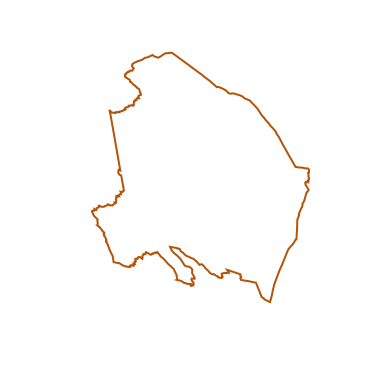 the district of "Søndre Land" nor, Oppland, Norway, rotated 226°
{"feature_id": "86288312B15696105865546", "entity_name": "\"Søndre Land\" nor", "entity_type": "district", "adm_level": 2, "iso_a3": "NOR", "parent_name": "Norway", "parent_adm1": "Oppland", "projection": "robinson", "projection_center": [10.325, 60.703], "detail": "fine", "context": "isolated", "style": "outline", "palette": "amber", "viewbox_px": 384, "rotation_deg": 226, "n_neighbors": 0, "source": "geoboundaries", "source_scale": "gbopen_adm2", "svg_char_len": 6056}
<svg xmlns="http://www.w3.org/2000/svg" viewBox="0 0 384 384"><g transform="rotate(226 192 192)"><path d="M187.3,91.2L184.3,92.8L181.5,94.8L181.1,95.5L181.7,95.6L182.0,96.3L181.5,96.8L181.6,97.6L180.4,98.4L179.7,98.4L179.4,98.9L180.0,99.7L181.0,100.1L180.3,100.6L181.0,100.7L180.8,101.8L181.4,102.0L181.4,102.3L182.0,102.7L181.9,103.3L181.5,103.6L182.0,103.8L182.6,104.6L183.2,104.8L182.7,105.7L182.1,105.7L181.9,106.0L181.9,106.3L182.3,106.5L182.0,107.2L182.5,107.7L181.9,108.9L181.1,109.5L179.7,109.5L178.4,109.8L179.3,111.2L180.0,111.4L180.6,112.2L180.5,113.2L181.1,113.7L181.0,114.0L180.1,114.7L180.2,115.4L179.7,115.6L180.2,116.5L180.8,116.9L180.7,117.2L178.3,118.0L176.2,118.3L175.8,118.8L175.3,119.1L175.1,119.7L175.5,119.9L175.5,120.1L174.7,121.0L174.9,121.4L174.5,121.6L174.6,122.0L173.9,122.9L174.0,123.5L173.4,123.7L172.9,124.1L172.8,124.4L173.1,124.9L172.7,125.3L167.2,124.7L163.8,125.2L156.6,124.9L149.6,125.4L142.6,123.1L141.9,122.3L139.2,120.6L139.0,120.4L139.1,120.2L137.9,120.9L137.1,121.6L135.2,122.5L132.5,123.2L132.1,123.1L131.5,123.8L129.9,124.3L127.5,126.4L126.6,126.5L125.8,126.1L125.1,126.1L124.6,126.7L124.9,127.0L125.0,127.4L125.6,127.7L124.0,128.4L125.1,129.7L125.8,130.1L128.5,130.3L129.5,130.8L129.9,131.8L127.8,133.5L128.4,134.3L133.2,135.6L133.8,135.9L135.5,137.8L136.5,138.4L137.8,138.5L139.6,138.2L140.7,137.7L142.8,136.0L144.3,135.7L152.4,137.3L157.2,137.1L160.3,136.7L162.9,136.7L164.2,136.9L167.7,138.1L162.8,141.8L161.8,142.0L161.5,142.2L161.7,142.4L160.9,142.9L159.7,143.5L158.7,143.5L158.0,142.9L156.5,142.8L155.1,143.3L151.1,143.4L149.2,143.8L148.0,144.6L145.4,145.4L142.9,146.6L138.7,147.1L134.3,146.8L133.4,148.8L130.9,149.1L127.4,148.7L124.2,149.0L122.9,148.7L120.3,148.8L118.5,149.6L118.0,150.5L113.6,151.6L113.1,152.0L112.5,151.5L112.1,151.9L111.5,152.0L111.0,152.6L109.9,153.1L110.0,153.4L109.8,153.6L110.2,154.2L109.8,154.5L110.0,154.8L109.7,154.9L110.3,155.5L110.7,155.4L112.6,156.6L111.7,158.4L108.2,162.4L111.6,163.2L99.1,169.7L98.6,169.3L98.4,168.7L96.8,168.4L96.6,168.2L96.8,167.7L96.2,166.7L94.6,166.2L89.2,170.3L82.3,175.0L67.9,169.1L65.8,169.8L64.5,169.5L58.6,171.6L62.1,177.5L65.6,182.6L68.6,187.4L74.9,200.6L77.2,206.4L83.2,219.8L83.8,221.4L84.2,223.9L84.4,228.1L85.2,231.7L85.7,232.7L85.7,233.7L85.4,234.2L93.1,242.6L99.1,248.7L99.9,250.9L100.3,251.3L100.8,252.6L101.9,253.5L104.4,259.2L104.6,260.5L105.0,261.2L105.9,262.6L106.9,263.2L107.4,265.8L108.1,267.2L111.8,273.6L112.1,274.7L111.9,275.2L112.7,277.5L118.3,278.7L119.8,279.7L119.9,279.9L119.6,280.1L119.6,280.8L120.0,281.0L119.6,281.5L119.0,281.8L119.4,281.9L119.7,282.7L118.9,283.1L118.8,283.5L119.9,284.1L120.2,284.7L120.0,285.0L121.0,286.0L122.7,286.8L123.2,287.7L124.9,288.6L124.8,288.9L125.1,289.1L124.8,289.7L127.0,291.8L128.9,291.5L129.0,291.2L129.4,290.6L133.2,288.0L135.4,285.9L138.2,283.9L162.4,290.1L170.4,292.5L175.9,293.5L177.4,294.2L183.3,294.5L184.9,294.3L188.0,294.9L192.8,295.0L194.5,295.3L199.1,295.5L206.3,297.0L217.9,297.1L222.7,294.9L225.9,294.6L228.5,293.5L233.8,290.5L234.9,289.5L235.6,288.3L237.5,287.0L241.0,287.0L244.0,286.2L249.0,284.2L249.3,283.7L250.2,282.7L259.4,282.0L266.3,280.8L269.4,280.6L274.1,279.7L289.3,277.2L306.0,274.3L307.4,272.8L310.3,269.1L311.0,266.0L311.3,263.5L312.1,261.0L315.6,259.1L318.0,258.8L319.6,253.8L321.3,251.2L321.6,248.4L322.2,247.5L322.3,246.5L323.9,243.8L324.1,242.6L324.9,240.9L325.4,237.7L323.9,236.1L321.3,235.9L321.1,234.1L320.7,233.4L322.4,231.7L322.0,230.7L322.8,230.0L323.0,229.3L323.0,229.1L322.7,229.1L323.2,227.4L322.8,227.1L322.7,225.8L322.7,225.5L323.0,225.4L322.8,225.0L322.2,224.8L322.2,224.5L321.4,224.2L321.1,223.8L320.2,223.9L319.5,224.4L317.5,224.6L316.3,225.1L315.7,225.1L314.3,224.0L313.6,224.5L310.1,224.4L307.7,225.0L307.2,224.7L305.8,225.1L305.1,224.8L303.0,225.5L301.0,224.7L300.1,223.8L297.7,223.5L297.4,223.8L297.7,223.1L297.4,222.7L297.8,222.2L298.3,220.4L298.0,219.6L297.1,219.4L296.9,219.0L296.4,218.9L297.6,218.0L297.0,216.3L296.7,216.0L297.6,215.5L297.3,215.2L297.5,214.7L297.0,214.1L297.0,213.8L297.6,213.4L297.4,212.9L296.5,212.3L296.5,212.0L295.9,211.1L295.3,210.9L295.5,210.5L294.8,209.8L295.5,209.1L296.6,208.7L297.0,207.8L297.6,207.0L297.3,207.0L297.2,206.6L297.6,206.0L297.5,205.9L297.8,204.7L297.7,204.6L298.6,203.5L298.9,202.5L298.7,202.0L297.7,201.7L298.4,200.6L298.0,200.3L298.3,200.0L298.3,199.5L298.6,198.9L298.5,198.3L298.7,197.7L299.2,197.6L299.6,196.6L300.1,196.1L300.0,195.7L300.4,195.0L300.1,194.9L301.3,194.0L301.9,192.6L302.2,192.5L301.9,191.9L302.3,191.3L303.2,191.2L303.9,190.2L305.0,189.3L307.3,189.6L307.7,189.2L301.6,185.3L257.5,155.5L258.6,155.3L258.9,155.1L258.9,154.7L258.7,154.0L257.4,153.0L257.2,152.4L254.8,151.8L253.1,152.6L244.6,146.9L243.9,146.7L243.7,146.2L243.1,146.1L242.8,145.7L240.4,144.0L240.5,143.7L240.2,143.5L240.2,142.3L240.9,141.9L241.2,141.0L241.6,140.8L240.7,140.5L240.5,140.3L240.6,140.1L239.8,139.4L240.7,138.1L240.4,137.3L239.6,136.8L240.2,136.6L240.1,136.3L240.9,136.2L241.2,135.6L241.1,135.4L241.3,135.2L240.3,134.9L240.4,134.4L240.9,134.2L240.7,133.8L240.8,133.7L239.8,132.9L239.8,132.3L238.7,131.7L238.3,131.3L237.9,130.3L237.3,130.0L237.4,129.7L238.0,129.3L237.1,129.0L237.7,128.0L237.6,125.4L239.4,123.9L239.4,123.6L241.2,123.2L241.2,122.8L241.7,122.5L241.5,122.1L241.7,121.7L241.6,121.2L241.9,120.3L242.6,119.3L242.4,119.0L242.5,118.5L243.8,117.0L244.6,116.4L246.8,115.8L246.9,115.4L245.8,114.3L246.6,112.2L245.4,110.6L246.0,110.1L247.6,109.9L247.2,109.4L246.6,109.2L246.5,108.7L247.7,107.3L247.8,106.7L245.5,105.7L242.3,104.9L237.8,105.1L237.1,103.9L235.0,102.6L234.8,102.0L233.5,101.0L233.7,100.7L232.1,100.9L231.4,100.8L230.8,101.2L228.8,100.8L227.6,100.9L226.2,100.5L223.9,100.7L223.6,99.8L223.1,99.7L223.2,99.4L223.0,99.2L222.2,99.2L221.8,98.9L221.9,98.6L221.5,98.5L221.1,98.2L219.9,98.2L217.5,97.3L217.5,97.2L216.4,96.6L216.6,96.5L216.4,96.3L216.5,96.0L216.2,95.7L212.1,94.7L211.6,94.2L209.9,93.7L209.2,93.2L207.5,92.7L206.8,92.2L205.6,92.0L205.1,91.7L200.8,90.4L200.1,89.7L199.5,89.4L196.0,86.9L193.0,88.9L191.5,90.2L187.3,91.2Z" fill="none" stroke="#b45309" stroke-width="2"/></g></svg>